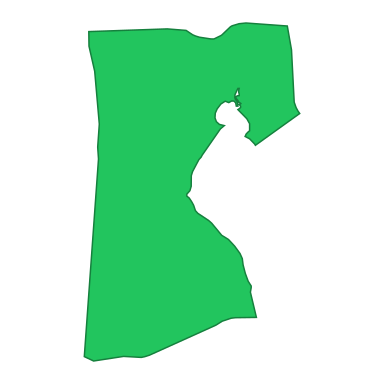 map outline of As Suways (Robinson projection)
{"feature_id": "EGY-1536", "entity_name": "As Suways", "entity_type": "Governorate", "adm_level": 1, "iso_a3": "EGY", "parent_name": "Egypt", "parent_adm1": "", "projection": "robinson", "projection_center": [32.482, 29.608], "detail": "fine", "context": "isolated", "style": "filled", "palette": "green", "viewbox_px": 384, "rotation_deg": 0, "n_neighbors": 0, "source": "natural_earth", "source_scale": "10m", "svg_char_len": 1494}
<svg xmlns="http://www.w3.org/2000/svg" viewBox="0 0 384 384"><path d="M255.4,145.3L254.7,144.1L249.6,138.8L245.1,136.5L246.2,134.0L248.4,131.7L249.6,130.8L249.6,123.7L246.8,118.7L237.9,109.6L239.8,108.3L240.7,107.1L240.5,105.9L239.2,104.5L240.5,104.0L240.9,103.6L240.5,103.1L239.2,102.6L238.3,101.1L237.3,99.7L236.1,98.4L235.7,97.4L236.0,96.8L236.7,96.2L237.5,95.8L239.2,95.6L239.2,94.0L238.7,92.1L238.7,90.6L239.2,88.4L237.9,88.4L235.0,94.6L234.8,97.4L235.4,99.4L236.6,100.8L237.6,102.7L237.9,106.1L236.3,106.1L235.7,102.9L234.0,101.1L231.6,101.0L228.8,102.6L225.2,101.2L220.9,104.0L217.2,108.8L215.3,113.1L215.0,117.9L216.4,121.7L219.4,124.4L224.3,125.6L220.4,128.9L202.2,155.1L201.1,157.2L198.9,159.6L192.6,171.5L191.3,175.7L191.2,186.3L189.9,190.7L186.8,194.2L186.8,196.1L189.2,198.0L191.6,201.6L193.6,205.2L195.4,210.6L197.8,213.3L208.9,220.7L211.7,223.2L221.7,235.3L228.5,239.5L234.7,246.2L240.0,253.5L242.3,258.6L243.1,264.9L245.3,273.4L248.2,281.3L251.2,286.0L251.2,287.6L250.4,292.2L256.4,317.4L235.4,317.7L231.2,318.2L222.2,321.2L216.0,325.1L149.4,355.2L144.7,356.7L141.3,357.4L123.6,356.4L93.6,361.0L84.3,356.6L98.5,159.0L97.7,147.1L99.3,124.1L94.7,71.3L89.0,46.2L88.8,31.6L167.3,28.9L186.1,30.4L192.5,34.7L195.5,36.0L199.4,37.2L210.6,38.9L213.4,39.0L214.5,38.7L220.9,35.6L221.8,35.0L230.4,26.8L232.1,25.8L239.1,23.7L246.0,23.0L287.3,26.0L291.5,49.9L294.2,102.2L296.1,107.6L298.0,111.1L299.7,113.5L255.4,145.3L255.4,145.3Z" fill="#22c55e" stroke="#15803d" stroke-width="1.5"/></svg>